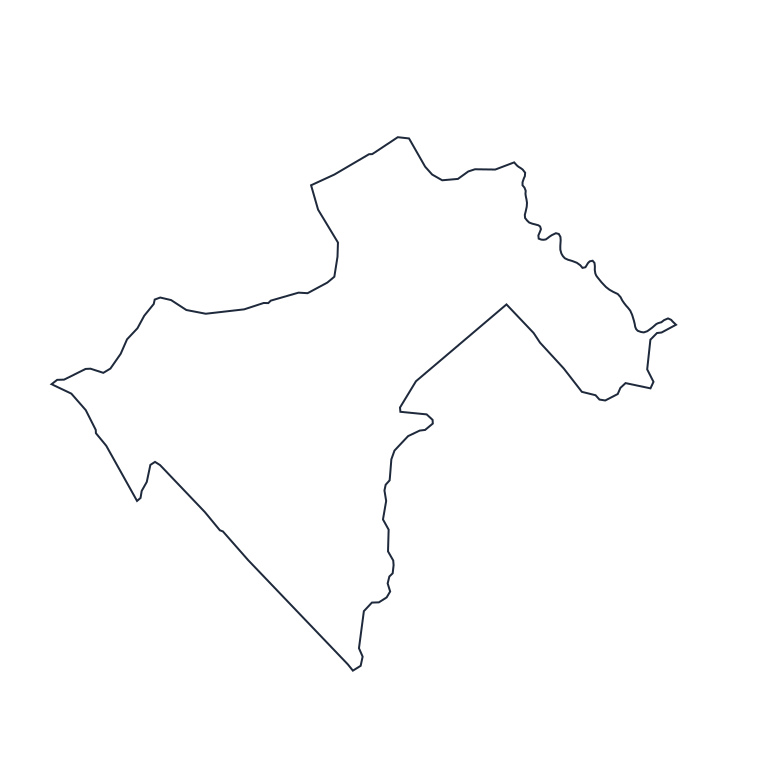 Zapotitlán, Jutiapa, Guatemala (orthographic projection), rotated 232°
{"feature_id": "79465075B8015591970970", "entity_name": "Zapotitlán", "entity_type": "district", "adm_level": 2, "iso_a3": "GTM", "parent_name": "Guatemala", "parent_adm1": "Jutiapa", "projection": "orthographic", "projection_center": [-89.829, 14.111], "detail": "fine", "context": "isolated", "style": "outline", "palette": "slate", "viewbox_px": 768, "rotation_deg": 232, "n_neighbors": 0, "source": "geoboundaries", "source_scale": "gbopen_adm2", "svg_char_len": 2590}
<svg xmlns="http://www.w3.org/2000/svg" viewBox="0 0 768 768"><g transform="rotate(232 384 384)"><path d="M250.9,650.6L255.5,649.9L257.7,649.8L260.8,648.2L261.9,644.0L261.9,640.6L263.1,637.7L263.6,635.6L263.4,632.0L263.3,629.7L263.4,626.5L263.5,624.0L264.7,620.5L266.7,618.6L269.7,616.7L272.1,616.5L274.5,617.2L276.9,618.5L280.0,619.9L285.7,622.1L290.2,623.2L293.9,623.2L296.6,623.0L300.0,623.0L303.2,623.2L306.9,623.9L311.0,623.6L315.6,621.3L319.5,619.7L323.9,618.6L330.3,618.0L336.5,617.9L338.9,618.0L341.0,618.6L344.1,620.3L347.0,622.7L349.8,624.4L352.7,624.3L354.0,621.6L353.7,619.1L352.9,617.1L352.0,614.6L353.3,611.9L356.7,611.8L360.8,610.6L365.0,608.1L368.8,605.4L371.8,603.9L374.7,603.7L377.6,604.1L381.2,605.6L384.1,607.8L388.6,611.8L391.3,613.6L394.6,614.1L397.0,612.3L398.0,607.8L398.2,605.1L398.2,603.0L398.3,600.5L399.5,598.4L401.0,596.8L403.3,595.4L406.0,597.1L407.9,600.5L409.4,603.0L412.0,604.0L414.0,603.4L416.8,601.3L419.1,599.5L421.9,597.8L424.7,597.4L428.0,597.4L430.6,599.1L432.6,601.7L435.8,605.6L438.7,608.2L441.7,609.9L444.4,611.2L446.7,612.5L449.0,614.6L452.3,615.6L455.3,615.5L457.7,617.4L460.0,620.9L461.0,622.9L463.6,625.3L467.7,625.3L470.1,624.6L472.1,623.8L474.3,623.3L478.5,623.0L484.5,603.7L497.2,587.9L499.6,581.3L500.1,568.5L508.7,555.3L519.4,550.9L529.9,550.2L562.1,554.9L570.0,546.8L572.4,516.3L574.3,513.6L579.6,473.9L585.5,448.9L562.0,439.4L523.8,434.8L512.9,425.7L499.1,410.9L498.8,401.8L502.6,379.7L508.6,372.9L519.4,346.1L519.0,342.6L521.9,339.1L528.9,319.8L549.1,286.8L564.0,273.8L581.2,267.9L589.9,260.9L591.7,255.3L588.8,251.8L585.4,237.1L579.7,224.0L577.4,209.0L569.9,195.1L564.6,177.9L565.6,169.7L576.8,162.1L579.6,158.1L584.4,134.6L588.5,129.0L588.5,121.9L568.9,131.7L547.0,132.9L525.3,128.6L522.6,126.7L506.3,127.1L443.9,117.4L444.1,122.0L448.9,127.2L452.9,136.8L464.1,150.1L463.6,155.6L458.0,157.6L393.2,164.0L369.8,164.6L367.0,166.3L328.9,168.5L185.2,182.9L177.3,183.0L176.3,192.1L182.3,199.3L191.2,201.6L217.4,228.3L219.2,239.9L215.1,245.5L214.2,254.7L216.7,261.1L224.6,264.1L229.0,269.7L229.5,274.3L235.3,280.0L239.2,282.6L249.6,284.1L266.4,298.0L277.9,299.8L290.5,313.7L299.8,318.8L303.6,323.3L304.6,329.1L308.0,332.3L320.1,343.4L325.1,351.3L328.1,370.9L325.3,383.5L322.5,388.1L322.8,398.1L325.8,400.2L333.8,398.9L352.0,379.8L355.6,382.1L366.5,410.9L371.3,529.5L332.1,533.3L320.5,532.4L285.6,535.2L256.0,535.1L244.9,543.8L239.1,544.2L234.8,548.2L232.2,562.0L235.4,567.9L236.0,574.9L218.3,589.8L216.5,591.3L219.8,597.7L233.5,600.4L254.9,621.2L256.1,630.5L253.7,634.4L250.9,650.6Z" fill="none" stroke="#1e293b" stroke-width="2"/></g></svg>